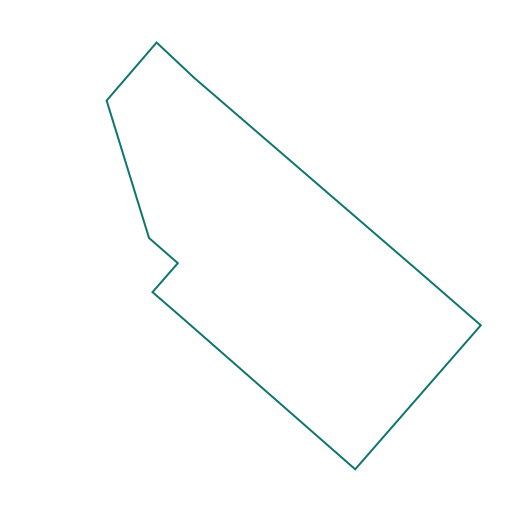 Piatt, Illinois, United States of America (orthographic projection), rotated 311°
{"feature_id": "52423323B52608022104094", "entity_name": "Piatt", "entity_type": "district", "adm_level": 2, "iso_a3": "USA", "parent_name": "United States of America", "parent_adm1": "Illinois", "projection": "orthographic", "projection_center": [-88.573, 40.037], "detail": "fine", "context": "isolated", "style": "outline", "palette": "teal", "viewbox_px": 512, "rotation_deg": 311, "n_neighbors": 0, "source": "geoboundaries", "source_scale": "gbopen_adm2", "svg_char_len": 319}
<svg xmlns="http://www.w3.org/2000/svg" viewBox="0 0 512 512"><g transform="rotate(311 256 256)"><path d="M343.9,471.1L351.2,471.1L351.2,394.5L350.2,163.6L349.9,92.4L351.9,40.9L275.3,41.3L199.4,163.5L199.3,201.7L160.8,201.6L160.9,239.9L160.1,470.8L343.9,471.1Z" fill="none" stroke="#0f766e" stroke-width="2"/></g></svg>